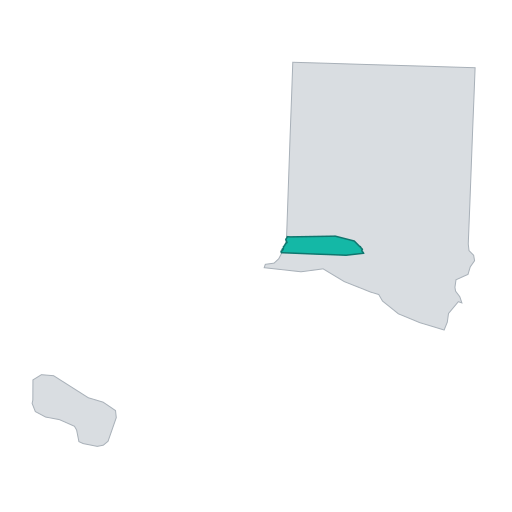 Machinda, Litoral, Equatorial Guinea (highlighted), rotated 272°
{"feature_id": "11065452B59369715507709", "entity_name": "Machinda", "entity_type": "district", "adm_level": 2, "iso_a3": "GNQ", "parent_name": "Equatorial Guinea", "parent_adm1": "Litoral", "projection": "natural_earth1", "projection_center": [9.965, 1.936], "detail": "fine", "context": "in_parent", "style": "filled", "palette": "teal", "viewbox_px": 512, "rotation_deg": 272, "n_neighbors": 0, "source": "geoboundaries", "source_scale": "gbopen_adm2", "svg_char_len": 2512}
<svg xmlns="http://www.w3.org/2000/svg" viewBox="0 0 512 512"><g transform="rotate(272 256 256)"><path d="M450.9,286.0L451.1,322.1L451.2,352.7L451.4,385.8L451.6,420.3L451.7,449.5L451.8,468.4L424.2,468.3L387.5,468.1L350.8,468.0L314.1,467.9L295.7,467.8L275.4,467.7L268.8,468.7L264.3,473.5L258.9,474.6L252.6,470.5L245.0,468.5L243.0,464.3L239.2,456.7L231.6,455.9L227.8,456.7L222.4,461.1L216.3,463.4L217.4,459.8L205.3,450.4L196.6,449.5L188.6,446.6L195.1,422.0L203.2,400.3L215.4,384.0L221.8,380.0L223.9,371.9L233.5,345.1L245.5,323.5L241.8,301.5L244.6,264.6L248.0,265.6L248.6,269.1L249.5,274.3L254.0,278.8L268.8,285.9L313.0,285.9L339.3,285.9L378.3,285.9L419.6,286.0L450.9,286.0ZM100.9,37.4L104.2,38.0L124.4,37.4L129.9,45.7L129.3,57.9L108.5,93.3L104.6,108.3L96.6,121.0L89.6,122.0L65.7,114.6L61.6,110.0L60.2,104.0L62.5,89.8L64.3,85.5L75.8,82.8L79.5,80.5L85.6,65.3L87.7,51.4L92.8,40.9L100.9,37.4Z" fill="#d9dde1" stroke="#a8b0b8" stroke-width="1"/><path d="M262.5,363.4L262.8,363.3L263.3,363.0L263.8,362.5L264.4,361.9L264.5,361.9L265.0,361.5L265.7,361.7L265.8,361.7L265.8,361.8L266.0,362.1L266.4,362.0L266.5,361.9L266.8,361.8L267.2,361.4L267.5,360.9L267.9,360.7L268.1,360.5L268.8,360.1L269.0,360.0L268.9,359.5L274.4,353.7L278.6,334.6L277.4,311.2L276.3,289.6L276.4,287.0L276.4,286.8L276.2,286.9L275.8,286.6L275.2,286.2L274.3,285.5L274.1,285.5L273.6,285.3L273.4,285.2L273.2,285.3L272.9,285.4L272.9,285.5L272.6,285.8L272.4,285.8L272.3,285.7L272.1,285.7L271.9,285.7L271.8,285.8L271.7,285.9L271.7,286.0L271.4,286.1L271.2,286.2L271.1,286.3L270.8,286.4L270.7,286.5L270.4,286.4L270.3,286.2L270.2,285.9L270.2,285.7L270.0,285.4L269.9,285.4L269.8,285.5L269.7,285.5L269.5,285.4L269.4,285.2L269.2,285.2L269.0,284.9L268.8,284.8L268.7,284.8L268.5,284.6L268.4,284.6L268.2,284.6L267.9,284.4L267.7,284.3L267.6,284.1L267.3,284.0L267.2,283.9L266.8,283.7L266.6,283.5L266.5,283.4L266.4,283.3L266.3,283.2L266.0,283.1L265.9,283.0L265.7,283.1L265.4,283.2L265.2,283.2L264.9,283.2L264.7,283.1L264.5,282.9L264.4,282.9L264.2,282.6L264.1,282.4L264.0,282.2L263.9,282.2L263.9,282.3L263.8,282.5L263.8,282.8L263.7,282.9L263.4,282.8L263.4,282.6L263.5,282.4L263.6,282.2L263.4,281.9L263.2,281.9L263.2,282.0L262.9,282.3L262.7,282.3L262.6,282.2L262.3,282.0L262.2,281.9L262.0,281.6L261.9,281.5L261.9,281.4L261.7,281.2L261.6,280.9L261.4,280.9L261.3,281.0L261.1,281.0L260.9,281.1L260.7,281.1L260.4,281.1L260.2,281.2L260.2,281.3L260.2,282.9L260.2,283.3L260.0,316.3L260.0,330.9L259.9,345.9L262.5,363.4Z" fill="#14b8a6" stroke="#0f766e" stroke-width="1.5"/></g></svg>